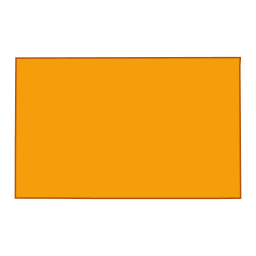 Dundy, Nebraska, United States of America
{"feature_id": "52423323B35170285070049", "entity_name": "Dundy", "entity_type": "district", "adm_level": 2, "iso_a3": "USA", "parent_name": "United States of America", "parent_adm1": "Nebraska", "projection": "albers", "projection_center": [-101.7, 40.176], "detail": "fine", "context": "isolated", "style": "filled", "palette": "amber", "viewbox_px": 256, "rotation_deg": 0, "n_neighbors": 0, "source": "geoboundaries", "source_scale": "gbopen_adm2", "svg_char_len": 436}
<svg xmlns="http://www.w3.org/2000/svg" viewBox="0 0 256 256"><path d="M16.0,58.1L16.0,62.5L15.7,104.2L15.7,106.7L15.6,133.5L15.5,139.3L15.4,198.0L57.2,198.1L61.0,198.1L80.6,198.3L83.3,198.3L90.9,198.3L91.8,198.4L146.8,198.4L147.2,198.4L173.1,198.4L211.8,198.4L213.7,198.4L214.0,198.4L225.1,198.3L234.8,198.2L240.2,198.2L240.6,198.2L239.8,66.1L240.3,57.6L234.3,57.6L16.0,58.1Z" fill="#f59e0b" stroke="#b45309" stroke-width="1.5"/></svg>